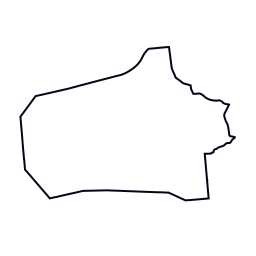 the district of Khab wa Ash Sha'f, Al Jawf, Yemen, rotated 175°
{"feature_id": "15242507B11673803403546", "entity_name": "Khab wa Ash Sha'f", "entity_type": "district", "adm_level": 2, "iso_a3": "YEM", "parent_name": "Yemen", "parent_adm1": "Al Jawf", "projection": "mercator", "projection_center": [45.303, 16.593], "detail": "fine", "context": "isolated", "style": "outline", "palette": "ink", "viewbox_px": 256, "rotation_deg": 175, "n_neighbors": 0, "source": "geoboundaries", "source_scale": "gbopen_adm2", "svg_char_len": 3979}
<svg xmlns="http://www.w3.org/2000/svg" viewBox="0 0 256 256"><g transform="rotate(175 128 128)"><path d="M234.2,95.4L232.6,93.5L231.3,91.6L230.0,89.9L228.5,87.7L227.1,85.8L225.8,83.9L224.4,82.0L223.0,80.0L221.6,78.1L220.3,76.2L218.7,74.0L217.5,72.4L216.1,70.4L214.7,68.5L213.4,66.6L212.0,64.7L209.9,65.0L207.8,65.3L205.7,65.5L203.6,65.8L201.4,66.1L199.3,66.4L197.2,66.7L195.1,67.0L193.0,67.3L190.9,67.6L188.8,67.8L186.7,68.1L184.6,68.4L182.5,68.7L180.4,69.0L178.3,69.3L175.9,69.1L173.6,69.0L171.2,68.8L168.9,68.7L166.5,68.5L164.2,68.4L161.8,68.2L159.6,68.1L156.9,67.9L154.8,67.8L152.4,67.5L150.4,67.2L147.7,66.9L145.3,66.6L142.9,66.3L140.6,66.0L138.2,65.7L135.8,65.4L133.5,65.1L131.1,64.8L128.7,64.5L126.4,64.2L124.0,63.9L121.6,63.6L119.2,63.3L116.9,63.0L114.5,62.7L112.1,62.4L109.7,62.1L107.4,61.8L105.0,61.5L102.7,61.3L100.3,61.0L97.9,60.7L95.4,60.3L93.2,60.1L91.2,58.9L89.1,57.8L87.1,56.6L85.1,55.5L83.1,54.3L81.1,53.2L79.0,52.0L77.0,50.9L74.8,50.9L72.5,50.8L70.4,50.8L68.0,50.8L65.7,50.8L63.4,50.8L61.2,50.8L58.9,50.8L56.6,50.8L55.2,50.8L54.4,50.8L53.8,50.8L53.8,55.8L53.8,69.3L53.7,69.3L53.8,69.6L53.8,79.5L53.8,85.9L53.8,95.7L47.9,95.2L46.6,96.2L45.8,96.1L45.1,96.3L44.9,96.5L44.8,96.8L44.7,97.3L44.6,97.7L44.5,98.1L44.2,98.5L43.8,98.9L43.5,99.1L43.1,99.2L42.6,99.4L42.2,99.4L41.7,99.4L41.4,99.6L41.1,99.8L40.8,100.0L40.5,100.2L40.1,100.5L39.6,100.7L38.9,100.9L38.4,101.1L37.9,101.2L37.3,101.3L36.9,101.4L36.5,101.5L35.9,101.6L35.4,101.7L34.9,101.9L34.4,102.1L33.9,102.3L33.6,102.5L33.1,102.8L32.5,103.4L31.9,103.7L31.3,104.1L30.7,104.3L30.3,104.4L29.9,104.4L29.6,104.4L29.4,104.3L29.0,104.3L28.7,104.2L28.3,104.2L27.9,104.3L27.5,104.5L27.2,104.7L26.9,104.9L26.7,105.1L26.5,105.5L26.3,105.8L26.1,106.1L25.8,106.4L25.7,106.6L25.5,106.8L25.1,107.2L24.6,107.6L24.1,108.0L23.6,108.4L23.1,108.7L22.6,109.0L21.9,109.3L21.7,109.3L22.2,109.5L23.3,109.9L24.1,110.2L25.9,110.7L26.4,110.8L26.9,111.1L27.6,111.6L27.7,113.7L27.8,114.5L27.8,115.5L28.1,119.9L28.4,122.0L28.6,122.8L28.7,123.5L29.0,124.1L29.7,125.7L29.8,125.9L29.9,126.2L30.3,127.7L30.8,129.8L31.1,131.5L31.0,132.3L30.8,133.4L30.7,133.7L30.6,134.0L30.2,134.6L26.3,140.8L25.4,142.2L25.4,142.3L25.3,142.5L25.5,142.6L26.0,142.8L26.4,142.9L26.9,143.0L27.3,143.1L27.8,143.2L28.4,143.3L28.8,143.5L29.3,143.7L29.9,144.0L30.4,144.3L30.7,144.5L31.0,144.7L31.2,145.0L31.4,145.2L31.5,145.5L31.8,145.8L31.9,146.0L32.2,146.2L32.5,146.5L32.9,146.7L33.4,147.0L33.9,147.3L34.5,147.6L34.9,147.7L35.1,147.7L35.3,147.6L35.6,147.6L35.8,147.6L36.1,147.5L36.5,147.5L36.8,147.5L37.2,147.5L37.5,147.5L37.9,147.6L38.3,147.6L38.8,147.7L39.2,147.8L39.5,147.8L39.9,147.9L40.2,148.0L40.5,148.1L40.9,148.1L41.3,148.3L41.8,148.4L42.5,148.6L43.1,148.8L43.6,148.9L44.0,149.1L44.3,149.2L44.6,149.4L45.0,149.6L45.4,149.9L45.9,150.1L46.5,150.4L46.9,150.7L47.3,150.9L47.6,151.2L47.9,151.4L48.2,151.7L48.4,151.9L48.6,152.2L48.9,152.5L49.3,152.9L49.6,153.1L50.1,153.7L50.8,154.3L51.3,154.7L51.7,155.1L52.1,155.3L52.4,155.5L52.9,155.8L53.5,156.0L54.1,156.2L54.5,156.3L54.9,156.3L55.3,156.2L55.5,156.2L55.8,156.2L56.1,156.1L56.4,156.1L56.6,156.1L56.8,156.1L57.1,156.1L57.5,156.1L58.0,156.2L60.0,156.4L61.5,160.6L61.8,161.6L61.9,165.0L64.7,166.1L66.3,166.6L69.0,167.7L70.9,169.4L71.4,169.9L72.0,170.4L74.4,172.6L76.1,174.0L76.3,174.8L77.1,177.2L77.7,179.1L78.0,179.8L79.2,183.6L80.1,205.1L83.2,205.2L95.1,205.1L98.2,205.1L99.2,205.1L100.3,205.1L100.7,204.9L101.0,204.8L101.7,204.2L102.3,203.7L103.4,202.7L104.3,201.7L104.6,201.4L105.0,201.0L106.1,199.5L107.8,196.8L110.0,193.6L112.9,190.5L113.7,189.8L114.9,188.9L117.2,187.3L119.2,186.1L120.5,185.4L121.0,185.1L122.4,184.4L123.1,184.0L124.4,183.5L125.7,182.9L127.0,182.5L128.3,182.1L130.0,181.6L130.3,181.5L132.8,181.1L134.2,180.9L142.0,179.6L146.3,178.9L171.5,174.6L185.2,172.2L217.3,167.8L220.0,164.7L234.2,148.6L234.2,131.2L234.3,120.3L234.3,115.0L234.3,114.7L234.3,109.7L234.3,106.4L234.2,106.4L234.2,102.0L234.2,97.7L234.2,95.5L234.2,95.4L234.2,95.4Z" fill="none" stroke="#020617" stroke-width="2"/></g></svg>